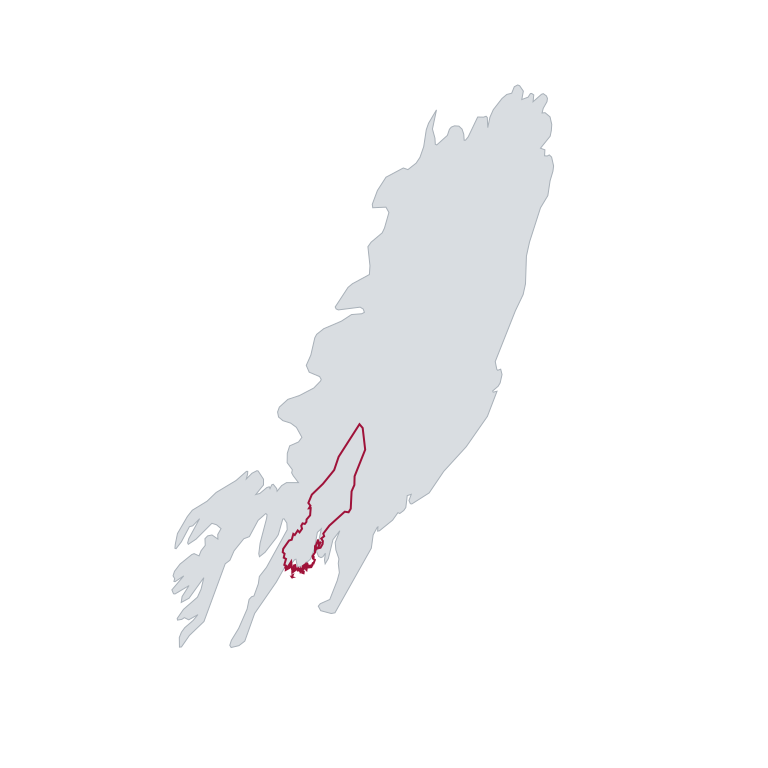 location of Borgarbyggð, Vesturland, Iceland, rotated 301°
{"feature_id": "244011B50787148750106", "entity_name": "Borgarbyggð", "entity_type": "district", "adm_level": 2, "iso_a3": "ISL", "parent_name": "Iceland", "parent_adm1": "Vesturland", "projection": "equal_earth", "projection_center": [-22.083, 64.706], "detail": "medium", "context": "in_parent", "style": "outline", "palette": "rose", "viewbox_px": 768, "rotation_deg": 301, "n_neighbors": 0, "source": "geoboundaries", "source_scale": "gbopen_adm2", "svg_char_len": 5603}
<svg xmlns="http://www.w3.org/2000/svg" viewBox="0 0 768 768"><g transform="rotate(301 384 384)"><path d="M589.9,297.8L596.8,298.1L607.9,295.8L623.7,289.3L630.4,287.9L646.0,287.8L627.5,294.2L620.9,301.1L615.9,304.5L616.1,306.1L629.7,310.3L636.0,308.9L638.9,309.4L641.6,311.5L643.6,315.4L642.7,319.6L639.2,323.7L634.2,327.2L635.0,328.3L639.2,328.9L661.1,326.8L664.0,331.9L666.1,333.6L665.6,335.3L657.2,340.9L667.3,337.4L675.4,336.4L689.5,338.1L695.4,340.1L699.0,343.7L705.9,342.6L709.2,344.6L709.5,346.7L706.8,352.6L698.8,355.6L704.1,359.8L708.3,359.9L709.1,360.9L708.9,363.5L702.7,366.4L713.5,369.8L714.9,371.0L714.6,374.8L713.0,377.0L709.9,378.3L702.3,378.5L697.7,379.9L699.5,382.3L698.5,388.7L692.9,394.1L687.4,396.9L682.0,398.8L666.7,396.7L667.6,401.3L662.3,404.1L663.5,406.5L665.5,407.7L664.8,410.8L658.2,417.1L653.4,419.2L643.7,421.7L629.9,427.4L615.6,427.4L580.7,435.6L567.0,440.2L542.7,453.7L532.3,457.2L514.4,458.9L460.5,467.8L454.6,473.2L454.3,474.4L456.8,476.4L452.9,480.3L444.7,483.0L440.9,483.0L434.0,480.7L433.2,481.8L436.0,484.6L409.5,489.3L372.6,486.8L339.9,480.2L313.9,478.8L295.5,469.6L295.0,468.2L297.0,465.4L303.5,464.2L300.3,461.4L289.4,466.3L285.8,466.1L281.1,464.2L280.9,462.2L271.7,461.5L255.8,455.7L254.6,454.3L258.4,452.4L257.7,452.0L249.1,452.4L236.7,457.7L162.6,459.8L160.1,457.0L157.1,446.5L159.7,442.1L162.8,442.5L171.4,448.5L191.2,445.2L199.3,442.9L206.7,437.2L210.9,435.4L217.0,428.2L223.0,423.8L235.5,421.7L224.3,420.4L205.7,426.2L199.5,426.2L202.4,423.7L208.8,420.9L204.4,420.6L202.7,419.4L202.5,416.7L205.7,412.4L227.7,404.8L222.5,403.3L207.3,409.1L196.2,411.2L187.2,408.5L182.9,404.9L183.2,403.4L188.5,398.8L187.6,397.9L184.0,397.5L174.3,393.3L158.8,393.7L120.7,391.3L91.9,397.1L85.0,394.4L79.4,388.7L80.6,386.4L85.6,385.2L99.7,385.3L120.5,382.6L129.9,379.3L133.5,380.1L135.3,381.7L148.0,379.2L154.8,376.3L166.3,377.7L209.2,376.1L214.8,372.3L217.0,367.7L216.0,366.8L200.3,371.0L196.7,370.9L178.4,368.7L171.8,366.2L174.0,364.1L183.7,359.8L208.3,352.6L211.7,351.1L212.1,349.4L202.3,346.3L183.8,347.2L179.1,343.5L163.8,341.4L153.6,342.7L148.1,340.5L87.7,352.0L68.2,346.7L54.3,345.8L53.1,344.2L61.3,339.1L66.9,338.2L72.5,338.7L83.1,342.2L90.5,343.3L81.3,338.1L80.9,333.2L78.1,331.9L75.3,328.6L76.5,327.5L87.6,328.2L105.2,333.9L113.9,332.9L125.2,329.3L99.9,327.2L92.3,322.7L97.8,320.4L110.8,320.7L96.4,313.0L95.8,311.6L98.3,308.2L116.4,311.2L106.9,306.7L106.6,305.6L109.4,304.8L110.9,302.0L115.5,300.9L124.6,301.9L138.8,307.1L140.8,308.6L141.4,314.0L146.9,313.1L153.6,313.9L159.2,310.2L163.0,311.1L166.0,314.3L165.5,321.5L169.4,319.0L176.1,318.8L177.1,312.9L175.9,308.2L154.2,302.8L145.8,298.8L146.7,297.5L151.0,296.3L173.6,295.3L163.9,293.1L161.5,290.7L144.4,291.6L135.7,290.6L135.5,289.4L139.0,287.7L149.4,284.0L169.1,283.7L177.1,284.7L192.4,292.7L204.6,296.0L225.1,306.9L238.3,311.1L238.9,312.2L236.7,313.4L231.7,314.9L239.5,316.8L244.2,319.7L244.6,320.9L240.3,329.8L235.4,332.7L223.2,331.0L226.2,333.9L234.9,336.9L236.8,338.6L235.6,340.2L239.7,339.7L241.0,340.7L239.1,345.8L237.0,347.6L244.2,348.6L249.2,351.2L255.4,361.5L258.6,353.5L260.3,350.6L263.3,349.6L266.7,341.5L274.8,336.8L282.4,335.0L290.3,340.6L296.0,341.1L301.7,331.3L302.4,324.1L300.5,316.2L301.4,310.6L305.2,307.2L310.3,306.2L321.3,309.5L330.5,317.4L344.4,325.9L353.9,328.1L355.6,327.8L357.2,325.0L355.6,313.8L359.9,307.8L371.1,306.4L388.0,300.9L391.9,300.7L400.4,303.9L415.9,315.1L426.8,320.4L432.7,328.7L435.3,330.3L437.5,327.7L437.6,324.0L424.0,306.7L423.7,304.3L424.9,302.5L448.3,303.4L453.7,305.3L470.3,315.1L478.1,311.1L493.4,299.5L498.9,299.9L512.6,304.6L517.9,304.1L533.5,299.9L536.6,294.6L529.3,283.6L532.0,281.4L546.5,278.7L562.3,279.2L579.1,289.3L580.1,294.1L589.9,297.8Z" fill="#d9dde1" stroke="#a8b0b8" stroke-width="1"/><path d="M255.8,419.7L260.0,419.7L275.3,411.5L282.2,410.6L289.8,406.3L318.0,401.7L335.3,388.4L336.9,383.7L298.3,382.6L284.6,385.6L267.0,383.1L252.0,379.1L243.1,380.4L241.7,383.7L238.8,383.7L239.8,385.1L233.4,388.3L228.0,387.4L225.8,388.5L223.3,388.2L222.6,386.0L219.8,386.1L217.7,388.3L213.3,388.0L214.0,385.5L208.6,385.3L208.8,383.5L203.0,385.1L200.9,383.2L190.8,382.5L187.7,383.8L187.3,386.2L183.5,387.5L183.6,390.1L177.6,391.7L177.8,393.3L174.9,394.2L178.0,393.6L175.6,395.4L176.9,395.8L183.9,395.9L177.6,400.8L177.8,402.0L182.1,400.3L183.0,401.1L180.8,403.3L176.3,401.8L175.2,402.5L182.0,405.2L180.6,407.8L181.3,407.4L182.6,407.3L181.2,409.2L186.4,408.3L188.6,409.3L185.9,410.3L189.5,409.9L188.6,411.0L190.2,411.2L187.9,413.8L188.9,415.1L189.2,413.0L191.5,415.6L194.5,415.1L192.9,416.2L197.7,415.3L197.8,413.0L199.6,411.4L204.1,411.6L207.8,409.4L207.0,410.9L209.0,411.0L209.6,409.0L216.7,407.6L213.3,410.3L216.2,411.1L209.1,412.0L210.9,413.9L215.2,413.8L217.9,412.5L219.2,409.8L222.7,411.1L224.5,409.0L234.5,410.1L254.3,416.1L255.8,419.7ZM182.6,411.5L180.2,411.6L180.4,412.5L182.6,411.5ZM179.6,397.7L177.4,397.4L174.7,395.6L174.9,395.2L174.1,395.6L177.7,397.7L178.9,398.0L179.6,397.7ZM191.2,415.9L188.9,415.4L191.3,416.0L192.3,415.9L191.2,415.9ZM183.0,409.9L181.0,409.3L180.4,409.5L181.8,410.3L182.4,410.3L183.0,409.9ZM188.9,411.3L188.1,412.1L189.0,411.8L188.9,411.3ZM186.4,412.5L185.6,412.6L186.0,412.7L186.4,412.5ZM199.5,412.9L199.7,412.4L198.7,412.8L199.5,412.9ZM187.2,411.5L187.1,411.9L187.7,411.5L187.2,411.5ZM185.4,413.0L184.8,412.9L184.7,413.3L185.4,413.0ZM185.2,410.8L185.2,410.3L184.6,410.6L185.2,410.8ZM180.0,406.3L180.7,405.7L179.9,406.2L180.0,406.3ZM171.1,404.9L171.0,404.5L170.9,404.7L171.1,404.9ZM173.1,404.2L172.8,404.0L172.5,404.3L173.1,404.2ZM180.5,407.5L180.0,407.7L179.9,407.8L180.5,407.5Z" fill="none" stroke="#9f1239" stroke-width="2"/></g></svg>